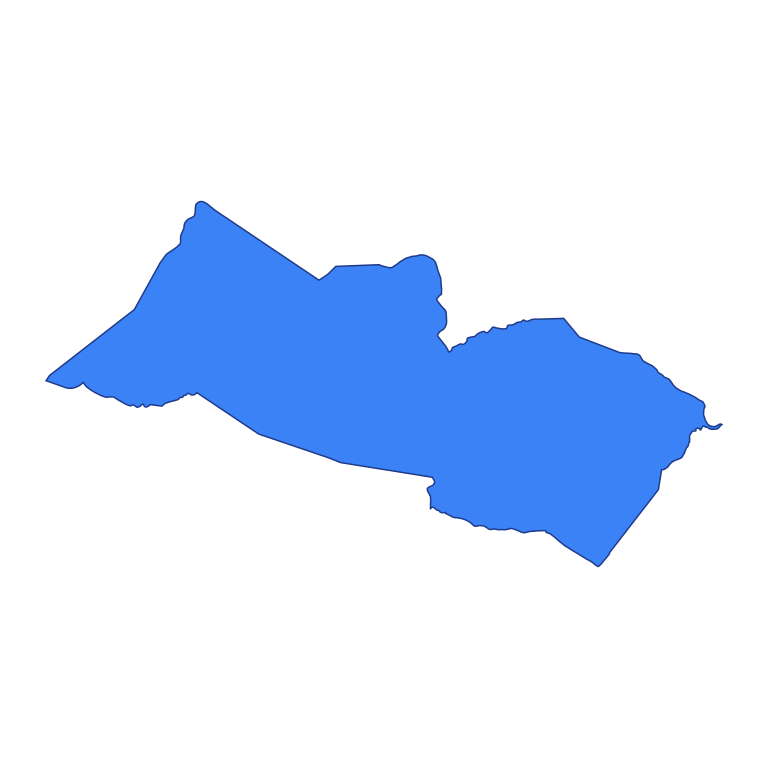 Ocotepeque, Ocotepeque, Honduras
{"feature_id": "27666195B53241292174391", "entity_name": "Ocotepeque", "entity_type": "district", "adm_level": 2, "iso_a3": "HND", "parent_name": "Honduras", "parent_adm1": "Ocotepeque", "projection": "mercator", "projection_center": [-89.221, 14.418], "detail": "fine", "context": "isolated", "style": "filled", "palette": "blue", "viewbox_px": 768, "rotation_deg": 0, "n_neighbors": 0, "source": "geoboundaries", "source_scale": "gbopen_adm2", "svg_char_len": 6112}
<svg xmlns="http://www.w3.org/2000/svg" viewBox="0 0 768 768"><path d="M49.5,375.5L46.1,380.7L65.8,387.7L67.5,388.1L69.6,388.3L71.4,388.3L73.2,388.0L74.8,387.6L76.6,386.9L78.4,386.1L80.1,385.1L81.6,383.9L83.3,382.4L84.8,384.7L85.9,386.1L86.6,386.8L89.9,389.3L91.7,390.5L94.4,392.2L100.3,395.2L104.4,396.8L105.9,397.2L107.5,397.2L110.5,396.8L113.2,396.9L114.5,397.5L117.3,399.4L121.1,401.6L124.3,403.4L126.9,404.7L129.1,405.5L130.3,405.8L131.2,405.7L132.4,405.0L133.2,404.9L133.7,405.1L136.8,407.1L137.5,407.3L138.4,407.0L139.9,406.3L140.6,405.8L141.7,404.7L142.2,404.3L142.6,404.3L143.2,404.4L143.6,404.7L144.1,405.9L144.5,406.5L145.1,406.8L145.7,407.0L146.6,406.9L147.4,406.7L148.3,406.2L149.7,405.1L150.3,404.8L151.0,404.7L160.7,406.0L161.9,406.0L162.7,405.6L163.5,404.6L164.3,403.9L165.6,403.2L171.3,401.4L176.1,400.2L178.1,399.5L178.6,399.2L179.4,398.2L180.1,397.6L180.8,397.3L182.1,397.4L182.5,397.2L183.0,396.8L183.2,396.1L183.4,395.7L183.8,395.5L184.9,395.4L185.6,395.2L186.1,394.9L187.0,394.0L187.7,393.6L188.4,393.4L189.1,393.6L189.6,393.8L190.4,394.5L191.3,394.9L192.1,395.0L193.1,395.0L194.2,394.7L195.3,394.2L196.1,393.5L196.8,392.6L258.8,434.1L328.3,457.7L340.7,462.6L432.4,477.3L434.4,481.0L434.6,481.5L434.6,482.0L434.3,483.2L433.6,484.4L432.5,485.5L431.7,485.9L429.7,486.7L428.2,487.6L427.6,488.2L427.3,488.9L427.2,489.6L427.5,490.8L429.8,495.1L430.3,496.0L430.5,496.9L430.7,500.4L430.5,504.7L430.5,508.5L431.0,508.2L431.8,507.5L432.3,507.2L432.8,507.2L433.3,507.2L436.8,510.0L437.4,510.3L439.0,510.6L439.5,511.1L439.9,511.9L441.3,512.6L442.0,512.8L444.5,512.6L445.2,512.6L445.7,512.7L445.7,513.5L446.2,513.7L452.5,516.9L453.4,517.3L454.8,517.6L457.1,517.7L461.7,518.6L463.8,519.2L465.3,519.8L469.9,522.2L473.5,525.4L474.3,526.0L475.2,526.3L476.5,526.2L478.1,525.8L479.7,525.6L481.9,525.7L483.3,525.9L484.0,526.1L486.0,527.1L488.6,529.0L489.8,529.4L490.7,529.5L492.5,529.2L494.1,529.1L495.5,529.1L498.0,529.7L501.2,529.6L504.6,529.7L506.9,529.5L510.3,528.5L511.7,528.5L512.5,528.6L518.2,530.7L521.5,532.2L523.2,532.7L524.1,532.7L525.8,532.5L528.6,531.7L529.8,531.5L538.5,530.8L544.9,530.6L545.7,531.0L546.1,532.4L549.6,533.5L551.4,534.7L554.3,536.9L559.4,541.4L564.9,545.8L567.4,547.3L573.7,551.3L575.7,552.4L580.6,555.4L586.4,559.0L590.5,561.2L592.6,562.6L596.7,565.9L598.2,566.5L598.9,566.1L599.8,565.3L602.0,563.0L604.8,559.5L605.9,558.4L609.3,554.0L609.8,552.3L658.4,489.6L661.6,469.7L663.5,469.6L664.7,469.1L667.5,467.2L668.3,466.3L669.7,464.3L670.6,463.4L672.5,461.7L674.4,460.7L678.2,459.2L680.6,458.2L681.6,457.6L682.1,457.1L683.1,455.2L684.3,453.4L684.4,452.6L684.8,452.2L685.0,451.8L685.0,451.0L685.8,449.7L686.2,448.2L687.4,446.9L688.3,445.6L688.8,442.6L689.5,442.1L689.6,441.6L689.6,439.9L689.7,438.9L689.7,438.4L689.5,437.6L689.5,436.6L689.7,435.6L690.6,433.9L692.5,431.1L695.3,431.0L695.8,430.8L696.0,430.3L695.8,428.8L695.9,428.6L696.4,428.4L697.0,428.2L698.0,428.3L699.8,428.7L699.9,428.9L699.9,429.4L700.1,429.8L700.3,430.0L700.8,429.7L701.0,429.3L702.8,426.2L703.1,426.1L703.7,426.0L704.4,426.2L705.7,427.2L705.9,427.3L706.6,427.2L707.3,427.3L708.1,427.7L709.1,428.6L710.3,428.9L711.1,429.0L711.8,429.4L716.7,429.0L717.2,428.9L718.5,428.0L720.5,425.7L721.9,424.6L721.0,424.0L719.6,424.2L718.8,424.5L717.4,425.5L716.3,426.1L715.0,426.5L714.1,426.7L712.5,426.5L710.3,426.0L709.4,425.5L708.5,424.9L707.4,423.8L705.3,420.2L703.6,414.9L703.6,412.8L703.9,409.3L704.1,408.6L704.7,407.4L704.9,406.2L704.8,405.5L703.8,403.4L702.8,401.8L699.6,400.2L694.8,397.1L689.9,394.5L684.3,392.1L681.6,391.2L676.8,388.5L675.0,386.9L673.2,385.0L672.3,383.7L670.7,381.2L669.2,379.3L668.3,378.8L664.4,377.2L664.1,377.0L663.4,376.1L661.7,374.6L658.2,372.5L657.7,372.0L657.5,370.9L656.7,369.6L652.3,365.8L648.8,364.1L645.1,362.1L643.6,361.2L642.9,360.5L642.2,359.6L640.0,355.8L639.0,354.9L637.4,354.1L636.4,353.9L634.0,353.8L629.9,353.3L624.8,353.1L619.8,352.6L579.3,337.1L563.7,318.4L538.0,319.2L536.2,319.1L534.2,319.2L532.7,319.4L531.3,319.7L528.1,321.1L526.8,321.3L525.7,321.1L524.3,320.2L523.5,320.1L522.5,320.5L521.7,321.4L521.2,321.8L519.9,322.1L518.1,322.2L516.7,322.6L514.1,324.2L512.8,324.8L511.6,325.0L509.4,325.0L508.2,325.3L507.6,325.7L507.3,326.2L507.1,326.7L507.0,327.6L506.8,328.1L506.4,328.5L505.8,328.7L503.8,328.9L501.3,328.8L496.7,328.0L493.9,327.2L492.8,327.2L492.2,327.6L491.2,329.1L490.3,330.1L488.3,332.0L487.2,332.7L486.8,332.8L486.2,332.8L485.8,332.6L485.0,331.9L484.2,331.5L483.5,331.5L482.4,331.7L480.2,332.5L478.0,333.6L476.8,334.6L475.5,335.9L474.8,336.3L473.9,336.6L470.3,337.2L468.9,337.6L467.8,338.0L467.4,338.3L467.2,338.7L467.1,340.3L466.7,341.4L465.9,342.5L464.7,343.7L463.8,344.2L463.0,344.4L462.3,344.3L461.1,344.0L460.0,344.0L456.2,346.0L452.9,347.3L452.5,347.6L452.2,348.0L451.8,349.6L451.2,350.5L449.8,351.7L449.0,352.0L448.6,352.0L448.2,351.4L448.0,350.3L447.7,349.6L445.7,346.2L438.3,336.8L437.7,336.0L437.5,335.6L437.6,335.1L438.0,334.2L439.3,332.3L440.5,331.1L442.7,329.9L443.6,329.1L444.8,327.6L445.8,325.6L446.3,324.1L446.6,322.7L446.5,318.9L446.3,315.2L446.0,312.0L445.5,310.7L445.1,310.0L442.3,307.2L440.6,305.2L437.4,301.0L436.7,299.8L436.7,299.3L436.9,298.8L438.3,296.8L439.6,295.5L441.4,294.3L441.6,289.3L440.8,279.7L440.6,277.9L437.7,270.0L437.1,267.4L435.6,262.5L434.8,261.4L433.3,259.6L432.2,258.9L427.8,256.4L425.1,255.4L423.1,255.0L421.8,254.9L420.1,255.0L418.6,255.3L416.8,255.9L412.0,256.4L409.1,257.3L406.4,258.1L405.4,258.5L403.5,259.6L402.0,260.7L400.7,261.3L396.7,264.5L393.2,266.7L391.9,267.5L390.8,267.7L388.5,267.6L382.3,266.0L381.2,265.7L379.2,264.7L335.8,266.4L327.7,274.4L319.0,280.2L216.8,211.5L214.1,209.6L208.3,204.8L206.1,203.2L205.0,202.6L203.7,202.0L202.6,201.7L201.7,201.5L200.1,201.6L198.7,202.1L197.1,203.2L196.2,204.1L195.9,204.5L195.7,205.4L195.5,206.6L195.2,212.0L195.1,213.0L194.7,214.8L194.2,216.0L193.2,216.8L189.4,218.6L187.6,219.6L186.0,221.3L184.8,223.0L184.5,223.9L184.1,225.6L183.9,228.4L181.2,234.4L180.8,235.7L180.5,238.6L180.7,240.3L180.6,241.4L180.4,242.9L180.1,243.8L176.7,247.2L171.3,250.9L168.6,252.7L166.4,254.3L160.3,262.6L134.3,309.6L49.5,375.5Z" fill="#3b82f6" stroke="#1e3a8a" stroke-width="1.5"/></svg>